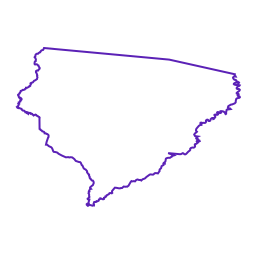 Rio Verde de Mato Grosso, Mato Grosso do Sul, Brazil (Equal Earth projection), rotated 91°
{"feature_id": "56859067B91033371864986", "entity_name": "Rio Verde de Mato Grosso", "entity_type": "district", "adm_level": 2, "iso_a3": "BRA", "parent_name": "Brazil", "parent_adm1": "Mato Grosso do Sul", "projection": "equal_earth", "projection_center": [-54.894, -18.785], "detail": "fine", "context": "isolated", "style": "outline", "palette": "violet", "viewbox_px": 256, "rotation_deg": 91, "n_neighbors": 0, "source": "geoboundaries", "source_scale": "gbopen_adm2", "svg_char_len": 5830}
<svg xmlns="http://www.w3.org/2000/svg" viewBox="0 0 256 256"><g transform="rotate(91 128 128)"><path d="M102.6,236.3L103.3,236.1L103.6,236.8L104.1,237.0L104.3,237.6L105.2,237.3L105.4,237.8L105.8,237.4L106.1,237.9L106.6,237.7L107.1,237.8L107.9,238.3L108.3,238.8L108.8,238.4L109.1,239.3L109.7,238.9L110.1,237.9L109.9,237.2L110.5,235.6L110.7,234.8L111.5,234.5L111.9,234.1L112.5,233.2L112.4,232.5L112.7,231.8L114.1,230.9L113.8,230.2L113.8,229.3L114.2,229.0L114.4,229.5L114.9,229.4L115.2,228.6L115.6,228.0L115.0,227.9L114.5,227.5L114.8,227.1L114.6,226.2L114.9,225.5L115.5,225.4L115.4,224.6L115.6,224.0L116.3,223.7L116.6,222.9L117.1,222.6L116.2,220.8L116.6,219.9L117.2,219.7L117.8,218.2L118.3,217.8L118.6,216.9L119.4,216.5L120.0,216.7L130.5,216.4L130.9,215.6L131.5,215.4L132.0,214.3L132.4,213.9L132.8,213.7L133.3,212.0L133.9,211.5L134.8,211.3L134.8,210.0L135.3,209.5L135.4,208.7L136.1,207.7L136.7,207.3L138.4,207.3L138.9,207.7L143.2,209.1L146.1,209.7L146.2,208.4L147.5,206.9L148.6,204.4L149.1,203.9L150.7,203.0L152.1,202.6L153.1,201.9L153.4,199.7L153.9,198.1L154.9,197.1L156.7,193.6L158.4,189.6L158.2,187.5L158.2,186.8L158.5,186.3L158.2,184.8L158.4,183.2L160.0,181.1L161.8,179.7L162.8,176.7L163.0,175.2L163.6,174.6L165.9,173.6L166.3,172.9L168.9,171.7L169.7,170.9L170.2,169.7L171.7,168.3L172.2,168.1L172.9,168.2L174.4,167.2L175.2,166.1L176.3,166.2L177.2,165.5L178.4,165.5L178.9,165.2L179.3,164.5L179.8,164.5L181.2,163.0L181.2,162.2L181.6,161.9L182.3,161.5L183.6,161.3L185.7,162.1L186.6,163.3L188.0,164.8L188.6,164.9L189.5,164.0L189.7,164.8L191.2,165.7L191.7,165.9L192.3,165.5L192.8,166.2L193.5,166.1L194.1,166.3L194.5,165.9L195.0,165.7L196.8,165.7L197.3,165.4L197.8,165.4L198.2,165.9L198.8,166.2L199.3,167.1L199.9,167.0L200.3,166.3L200.3,165.4L202.9,166.1L203.4,166.2L204.0,165.9L204.4,166.3L204.2,166.9L204.5,167.6L204.9,168.0L205.5,167.9L206.5,166.8L206.3,166.3L205.8,166.2L205.5,165.4L205.8,163.9L206.3,162.2L206.0,161.7L206.1,160.7L205.4,160.6L204.3,161.1L202.6,160.5L202.5,159.8L202.6,159.0L202.4,158.5L201.7,158.2L201.9,157.5L201.5,156.6L201.1,156.0L200.0,155.9L199.4,154.5L198.8,154.4L199.1,153.4L199.6,152.4L199.7,151.5L199.4,150.8L198.2,150.8L197.9,150.0L197.6,149.6L196.8,149.4L196.8,148.6L195.7,148.2L194.5,146.0L193.5,145.4L193.3,144.7L193.6,143.1L193.2,142.6L191.9,142.9L191.2,142.8L187.9,140.1L188.0,138.6L188.5,135.9L188.5,134.9L188.2,134.3L188.1,132.9L186.6,131.3L186.8,129.7L186.6,128.6L186.7,127.8L185.7,126.5L181.6,124.2L181.0,123.6L181.3,122.9L181.2,122.0L181.0,121.2L181.2,120.6L181.2,119.9L180.1,119.2L179.5,118.2L179.3,117.5L179.8,116.1L179.8,115.4L179.7,114.7L180.3,113.8L179.0,112.5L178.7,111.5L178.0,110.0L176.7,108.8L174.3,105.6L174.0,104.9L174.2,102.2L173.8,101.5L173.1,100.9L172.6,100.1L172.7,98.1L172.9,97.3L170.4,95.6L169.8,95.8L168.9,95.6L167.6,94.2L165.6,93.8L165.1,93.1L164.4,91.8L164.0,91.7L163.0,92.0L162.6,91.6L162.8,90.6L162.3,90.7L161.9,91.2L161.3,90.4L160.7,90.0L158.1,89.6L157.6,89.1L157.1,87.5L157.1,85.6L156.3,84.5L155.9,83.7L155.2,83.4L154.6,81.6L152.4,87.4L153.3,75.6L153.2,74.6L152.2,72.8L152.4,72.2L153.2,71.2L153.4,70.5L153.2,69.9L152.8,69.3L150.6,67.3L149.4,65.8L148.8,65.4L147.8,65.5L147.0,64.9L146.4,63.4L146.5,62.0L146.2,61.4L145.5,60.7L144.8,60.6L143.7,61.0L143.0,60.7L142.6,59.4L141.4,57.9L140.2,56.9L139.9,56.1L139.4,56.3L139.4,57.1L139.8,57.8L140.4,58.2L140.6,58.8L140.1,59.1L138.1,57.7L137.6,58.3L137.6,59.3L137.0,59.7L136.0,59.2L135.3,57.9L134.9,60.8L133.4,61.7L133.0,61.5L132.0,60.7L131.1,59.5L130.5,59.0L129.8,59.8L129.2,60.0L128.4,59.9L127.5,59.6L124.6,57.2L123.7,55.9L123.6,54.6L123.0,54.6L122.0,55.7L121.5,55.6L121.3,54.9L121.6,54.2L121.7,53.6L121.5,53.0L121.6,51.5L121.4,50.7L120.9,50.3L120.4,50.1L119.2,50.2L118.8,49.9L118.3,49.1L118.3,48.5L118.5,48.1L119.5,47.7L119.6,47.1L119.6,46.5L119.2,45.9L117.7,45.5L116.7,44.4L116.5,43.8L116.5,43.1L117.6,42.9L117.4,42.3L115.5,40.9L114.5,41.2L114.0,41.7L113.4,41.8L113.0,41.1L113.3,39.4L113.2,38.7L112.8,38.2L112.3,38.2L111.3,39.2L110.9,39.2L110.5,38.7L110.5,38.1L110.8,37.4L111.2,37.0L111.5,36.4L111.3,35.5L110.8,35.2L110.0,36.0L109.6,35.9L109.5,35.1L109.6,33.9L109.9,32.7L110.3,32.3L110.8,31.0L111.9,31.1L112.4,30.5L112.0,30.1L111.0,30.2L108.1,29.7L107.7,29.1L107.7,28.2L107.3,25.7L106.6,26.4L106.6,27.8L106.2,28.3L105.6,28.5L104.3,28.0L102.7,25.3L102.7,24.5L101.5,21.7L100.5,20.8L98.8,20.7L97.1,20.3L96.6,19.8L96.1,18.6L95.9,17.3L95.4,16.7L94.8,16.8L94.4,17.2L94.0,18.7L93.5,19.0L93.1,18.9L92.5,18.0L91.9,18.2L91.6,19.9L91.2,20.0L90.1,19.0L89.5,18.1L88.8,17.3L88.3,17.0L87.8,16.9L87.3,17.4L87.0,18.3L87.1,19.2L86.8,19.9L86.2,20.1L85.2,19.5L84.2,18.6L83.9,17.4L83.4,17.1L83.1,18.2L83.1,20.8L82.9,21.8L82.6,22.6L82.2,23.0L81.8,22.9L81.0,21.8L80.7,20.5L81.2,18.1L80.6,17.8L79.9,18.9L79.5,20.0L79.1,20.5L78.4,20.7L78.0,21.3L77.9,22.4L77.3,23.1L76.0,23.9L75.6,23.8L75.2,23.5L74.7,22.7L74.6,22.1L74.7,21.2L74.3,21.4L74.0,21.9L73.4,22.3L72.4,22.1L58.9,88.0L49.5,213.4L50.8,213.9L51.4,214.2L51.9,215.8L52.2,216.2L52.8,216.5L53.3,217.0L53.8,217.1L53.9,217.7L54.3,218.1L54.5,218.6L55.4,219.4L55.3,220.3L55.7,221.1L56.6,221.8L58.0,221.9L58.5,222.5L59.0,222.6L59.7,221.8L61.0,221.3L62.7,221.4L63.0,222.1L63.5,222.4L65.0,222.6L65.7,222.5L66.1,222.1L65.9,220.4L66.1,219.9L66.8,219.2L67.1,218.6L67.6,218.6L69.6,217.3L70.4,217.5L70.9,218.1L72.1,218.9L72.0,219.5L72.2,220.2L72.6,220.4L72.8,221.0L73.9,221.0L74.3,220.8L74.7,220.4L77.0,219.6L77.5,219.9L79.0,219.4L80.1,219.8L80.6,219.8L81.9,221.5L82.4,222.7L84.0,223.9L84.6,225.7L85.0,226.2L85.6,225.7L86.6,226.3L87.6,226.5L87.7,227.2L88.2,227.3L89.5,229.4L89.5,230.7L90.1,230.7L90.5,231.0L90.7,231.6L91.3,231.9L91.8,233.3L91.7,233.9L92.7,235.2L92.8,235.9L94.2,236.3L94.7,236.9L95.3,236.9L96.7,238.5L97.4,238.4L97.7,237.9L98.9,237.7L99.5,237.4L99.9,236.9L99.5,236.5L99.8,235.8L100.8,234.9L101.3,234.9L101.8,235.2L101.9,236.1L102.6,236.3Z" fill="none" stroke="#5b21b6" stroke-width="2"/></g></svg>